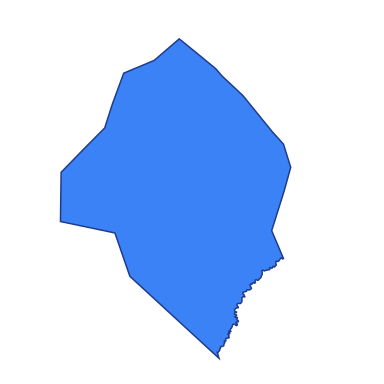 Tu'mencogt, Sühbaatar, Mongolia, rotated 131°
{"feature_id": "93677404B61124840987439", "entity_name": "Tu'mencogt", "entity_type": "district", "adm_level": 2, "iso_a3": "MNG", "parent_name": "Mongolia", "parent_adm1": "Sühbaatar", "projection": "albers", "projection_center": [112.543, 47.569], "detail": "fine", "context": "isolated", "style": "filled", "palette": "blue", "viewbox_px": 384, "rotation_deg": 131, "n_neighbors": 0, "source": "geoboundaries", "source_scale": "gbopen_adm2", "svg_char_len": 4528}
<svg xmlns="http://www.w3.org/2000/svg" viewBox="0 0 384 384"><g transform="rotate(131 192 192)"><path d="M84.8,302.1L117.5,306.9L147.1,321.5L178.1,309.7L200.9,299.9L229.3,301.8L263.0,303.7L300.6,271.9L273.5,223.3L296.4,183.6L299.8,62.5L296.5,67.6L296.4,67.3L296.1,67.1L295.9,67.2L294.8,67.2L294.0,67.1L293.5,67.2L293.1,67.5L292.7,67.8L292.4,67.9L292.1,67.9L291.9,67.9L291.8,68.1L291.6,68.2L291.4,68.1L291.2,68.1L291.0,68.3L290.9,68.4L290.4,68.5L290.0,68.8L289.8,68.8L289.5,68.8L289.1,68.3L288.7,67.8L288.4,67.6L287.8,67.4L287.4,67.3L287.1,67.2L286.8,67.3L286.5,67.6L286.1,67.9L285.9,68.1L285.6,68.2L285.1,68.2L284.6,68.3L284.2,68.4L284.0,68.6L283.9,68.8L283.9,69.1L283.8,69.4L283.5,69.8L283.0,69.7L282.7,69.2L282.3,68.8L282.1,68.8L280.8,70.0L280.4,70.3L279.9,70.2L279.5,70.0L279.1,69.6L278.8,69.2L278.4,68.7L278.1,68.6L277.7,68.5L277.4,68.6L277.2,68.7L277.2,69.1L277.1,69.4L276.8,69.7L276.5,69.8L276.2,69.9L275.9,70.1L275.9,70.6L275.9,71.1L275.8,71.4L275.7,71.6L275.4,71.8L275.2,71.8L274.9,71.5L274.7,71.2L274.5,70.9L274.2,70.7L273.9,70.7L273.7,70.8L273.6,71.1L273.6,71.3L273.6,71.5L273.7,72.1L273.7,72.4L273.4,72.7L273.1,72.8L272.7,72.8L272.4,72.6L272.2,72.3L272.0,71.9L272.0,71.6L272.0,71.4L271.9,71.3L271.8,71.2L271.7,71.2L271.7,71.4L271.7,71.7L271.6,72.0L271.3,72.4L270.9,72.8L270.5,72.9L270.0,73.0L269.2,72.9L268.9,72.9L268.6,73.0L268.2,73.3L267.8,73.3L267.4,73.3L267.2,73.4L266.9,73.5L266.4,73.8L265.9,74.1L265.3,74.2L264.9,74.1L264.4,73.9L264.1,73.7L264.0,73.4L263.9,73.0L263.8,72.4L263.9,71.6L263.9,71.2L263.8,70.9L263.5,70.7L263.1,70.6L262.7,70.6L262.3,70.8L262.1,71.1L261.9,71.5L262.0,72.0L262.1,72.4L261.9,72.8L261.6,73.0L261.2,73.1L260.9,73.0L260.5,72.8L260.3,72.4L260.0,72.2L259.8,72.0L259.4,72.1L259.1,72.2L259.0,72.3L258.8,72.6L258.8,72.9L258.8,73.3L258.9,73.5L259.0,73.8L258.9,74.1L258.7,74.5L258.4,74.8L258.1,75.0L257.6,75.1L257.2,75.2L257.1,75.3L257.0,75.5L257.3,75.9L257.6,76.2L258.0,76.5L258.2,76.9L258.2,77.4L258.0,77.7L257.6,77.8L257.2,77.7L256.8,77.5L256.4,77.4L256.1,77.3L255.8,77.5L255.7,77.8L255.7,78.1L256.0,78.6L256.2,79.2L256.2,79.6L256.1,80.1L255.8,80.3L255.4,80.5L255.0,80.5L254.7,80.4L254.4,79.9L254.2,79.5L253.9,79.5L253.7,79.5L253.4,79.6L253.4,79.9L253.6,80.3L253.9,80.6L253.8,81.3L253.6,81.9L253.1,82.4L252.4,82.6L252.0,82.7L251.2,82.7L250.5,82.5L250.2,82.2L249.8,81.8L249.5,81.5L249.3,81.3L248.9,81.3L248.7,81.4L248.4,81.7L248.4,82.1L248.4,82.7L248.1,83.3L247.7,84.0L247.4,84.3L247.0,84.4L246.6,84.4L246.2,84.2L245.8,84.0L245.4,83.5L244.8,82.7L244.6,82.4L244.3,82.3L243.5,82.2L242.7,82.2L242.2,82.4L241.7,82.7L241.3,82.9L240.7,83.5L240.0,84.1L239.3,84.6L239.0,84.9L238.2,85.0L237.7,84.8L237.3,84.4L237.1,84.0L236.9,83.7L236.7,83.5L236.5,83.4L236.3,83.5L236.2,83.7L236.1,83.8L236.1,84.5L235.9,84.8L235.7,85.0L235.5,85.3L235.3,85.6L235.3,86.1L235.4,86.8L235.2,87.1L235.1,87.3L234.8,87.5L234.3,87.6L234.0,87.5L233.3,87.2L232.8,86.9L232.3,86.4L231.7,86.1L231.2,85.8L230.9,85.8L230.3,86.1L230.0,86.3L229.7,86.3L229.4,86.1L229.1,85.7L229.0,85.3L228.9,85.1L228.5,84.8L228.2,84.4L227.4,84.0L226.6,83.8L225.7,84.0L225.4,84.5L225.3,85.1L225.0,85.5L224.8,85.7L224.6,86.0L224.6,86.7L224.4,87.1L224.1,87.4L223.5,87.4L223.0,87.4L222.6,87.0L222.5,86.6L222.4,86.4L222.2,86.3L221.9,86.3L221.4,86.4L221.0,86.5L220.5,86.4L220.2,86.1L220.0,85.3L219.7,84.9L219.3,84.8L219.0,84.8L218.7,84.8L218.4,85.0L218.1,85.5L217.9,86.0L217.5,86.3L217.1,86.4L216.7,86.4L216.1,86.1L215.9,85.6L215.7,84.8L215.5,84.5L215.2,84.2L214.8,84.1L214.2,84.1L213.6,84.1L213.2,84.1L212.7,84.0L212.1,83.8L211.2,83.9L210.7,84.1L210.4,84.3L210.1,84.6L209.8,84.7L209.2,84.7L208.6,84.8L208.1,85.1L207.6,85.4L207.3,85.7L206.8,86.1L206.5,86.4L206.1,87.0L205.7,87.4L205.2,87.6L204.4,87.0L204.3,86.1L204.1,85.6L203.8,85.4L203.2,85.2L202.8,84.9L202.4,84.6L201.9,84.1L201.3,83.8L200.7,83.5L200.1,83.0L199.8,82.6L199.5,82.5L199.3,82.5L199.1,82.7L199.0,83.0L198.7,83.4L198.5,83.6L198.1,83.6L197.8,83.5L197.5,83.0L197.3,82.3L197.2,81.8L196.8,81.6L196.5,81.6L196.0,81.6L195.6,81.8L195.4,82.0L195.0,82.0L194.7,81.6L194.7,81.2L194.6,80.8L194.5,80.6L194.1,80.5L193.6,80.5L193.2,80.6L192.6,80.5L192.2,80.5L191.9,80.5L191.7,80.7L191.3,81.2L190.8,82.2L190.2,82.6L189.8,82.8L189.5,83.0L189.1,83.1L188.7,82.9L188.6,82.4L188.4,82.0L188.1,81.7L187.7,81.4L187.2,81.3L186.3,81.3L185.3,81.5L184.2,81.6L183.4,81.5L183.0,81.3L183.0,80.9L183.1,80.5L183.2,80.1L183.0,79.7L182.7,79.5L182.2,79.3L168.9,106.5L130.8,123.1L108.6,133.7L95.9,154.3L93.9,170.7L85.8,217.1L84.8,244.9L83.4,254.8L84.0,278.0L84.8,302.1Z" fill="#3b82f6" stroke="#1e3a8a" stroke-width="1.5"/></g></svg>